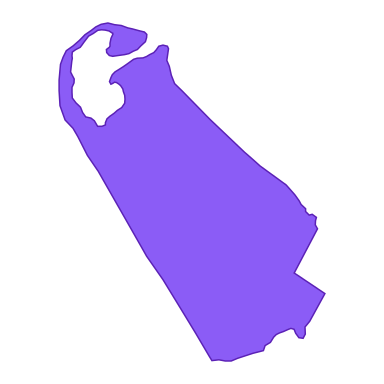 outline of Temotu, Tuvalu
{"feature_id": "33948139B29442200117602", "entity_name": "Temotu", "entity_type": "district", "adm_level": 2, "iso_a3": "TUV", "parent_name": "Tuvalu", "parent_adm1": "", "projection": "orthographic", "projection_center": [178.67, -7.47], "detail": "fine", "context": "isolated", "style": "filled", "palette": "violet", "viewbox_px": 384, "rotation_deg": 0, "n_neighbors": 0, "source": "geoboundaries", "source_scale": "gbopen_adm2", "svg_char_len": 2070}
<svg xmlns="http://www.w3.org/2000/svg" viewBox="0 0 384 384"><path d="M263.4,350.6L265.1,345.6L266.9,344.5L270.4,342.4L273.7,337.1L276.2,334.6L277.9,333.7L279.8,332.8L283.3,331.6L288.0,329.5L290.9,328.4L294.1,329.3L295.7,333.3L298.9,337.7L303.1,338.3L305.3,334.1L305.0,327.0L309.7,321.3L324.9,293.6L294.2,273.0L317.5,228.8L315.3,224.9L315.5,220.7L316.4,217.4L312.2,214.3L309.2,215.1L305.6,211.5L305.6,208.7L304.0,207.2L301.1,204.5L299.2,200.9L295.0,195.0L286.2,185.0L260.1,166.0L251.4,158.2L244.6,152.3L210.0,119.4L191.3,100.3L182.1,90.9L174.6,83.6L171.3,75.2L169.3,66.3L166.8,60.4L167.7,54.3L168.5,48.7L167.4,46.2L163.0,45.1L158.8,46.2L156.3,49.8L153.8,52.6L149.7,54.6L146.6,56.5L143.0,57.9L137.2,58.2L133.6,59.3L126.7,64.3L123.4,66.6L119.5,69.1L115.0,71.9L112.3,74.7L110.9,77.7L109.5,81.6L110.9,84.2L111.7,83.9L113.4,83.0L114.5,82.2L116.4,82.5L118.6,83.9L120.6,85.6L122.8,88.9L123.4,91.7L124.7,95.3L125.0,99.2L124.7,102.9L124.7,103.2L121.7,107.6L117.3,110.4L114.2,113.2L109.8,116.3L107.0,118.8L105.4,122.7L105.4,124.9L102.0,126.3L97.6,126.3L94.4,120.8L91.0,118.1L85.7,116.9L82.6,112.5L80.5,107.2L75.9,102.8L72.3,98.0L72.0,92.4L72.0,87.3L74.0,82.9L74.2,79.0L72.3,75.4L70.6,72.0L71.3,65.5L71.8,61.1L72.3,58.4L72.0,55.8L72.3,52.1L75.6,49.7L80.2,47.3L81.9,45.1L83.8,42.4L88.6,36.1L93.2,33.5L97.8,30.3L101.6,29.8L105.2,30.1L109.1,31.0L112.4,33.2L112.7,33.2L112.9,34.2L111.0,38.3L110.0,43.2L110.0,46.1L109.3,47.3L106.4,49.5L106.7,52.6L109.3,55.5L112.7,56.3L119.6,55.3L124.7,54.6L129.0,53.6L133.3,51.2L137.4,49.5L140.6,46.1L145.4,41.7L146.6,37.6L146.8,34.4L144.4,32.0L139.4,30.8L132.4,28.9L127.8,27.9L121.3,25.5L114.6,24.7L107.9,23.0L101.1,24.3L95.8,26.9L91.0,30.6L85.0,34.7L79.3,40.5L73.2,45.8L66.3,50.7L63.1,57.2L60.5,64.3L59.1,80.0L59.1,90.7L60.0,105.7L65.1,120.0L73.0,128.3L77.9,136.7L87.4,155.4L97.7,170.5L97.9,170.7L117.8,205.6L120.1,209.6L143.0,249.8L146.6,256.2L163.0,279.7L184.1,314.2L195.9,333.6L209.2,356.2L211.9,360.6L218.9,359.8L225.3,361.0L231.2,361.0L237.6,358.3L252.9,353.3L260.8,351.3L263.4,350.6Z" fill="#8b5cf6" stroke="#5b21b6" stroke-width="1.5"/></svg>